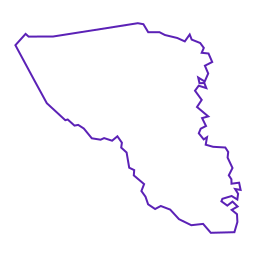 Austin, Texas, United States of America (Albers equal-area conic projection)
{"feature_id": "52423323B73481023135249", "entity_name": "Austin", "entity_type": "district", "adm_level": 2, "iso_a3": "USA", "parent_name": "United States of America", "parent_adm1": "Texas", "projection": "albers", "projection_center": [-96.191, 29.849], "detail": "fine", "context": "isolated", "style": "outline", "palette": "violet", "viewbox_px": 256, "rotation_deg": 0, "n_neighbors": 0, "source": "geoboundaries", "source_scale": "gbopen_adm2", "svg_char_len": 1166}
<svg xmlns="http://www.w3.org/2000/svg" viewBox="0 0 256 256"><path d="M179.0,219.2L191.3,225.2L203.1,223.9L210.8,232.8L234.4,232.2L237.4,222.0L237.0,214.2L231.7,209.9L237.6,206.5L232.5,201.6L227.3,205.6L221.4,201.3L222.4,198.8L231.6,196.0L237.3,199.5L238.1,193.8L235.1,189.0L240.6,189.9L239.1,182.7L231.5,183.7L231.4,179.3L228.8,175.3L232.5,168.0L227.6,157.6L228.2,152.0L225.3,147.5L213.1,146.8L205.7,144.7L207.0,137.2L203.7,139.4L198.8,133.3L200.7,128.7L206.0,126.0L202.1,118.1L208.2,116.4L197.0,107.0L201.7,99.9L195.0,90.7L198.7,85.7L206.3,88.1L204.3,83.0L199.5,83.2L198.2,77.5L204.7,81.5L208.2,73.5L204.9,65.7L212.2,62.0L208.5,53.5L201.7,52.8L203.8,47.9L200.2,43.0L191.7,39.6L189.7,34.5L184.8,41.4L177.3,38.0L164.9,35.0L159.5,32.2L148.2,32.2L143.4,24.2L137.8,23.2L53.2,36.5L28.6,36.6L25.6,33.9L15.4,45.2L34.3,80.3L46.8,103.2L65.3,120.2L67.7,119.5L74.5,125.6L78.2,124.9L83.8,128.5L91.8,138.3L100.6,139.7L104.1,138.1L112.1,140.7L117.4,136.3L121.9,142.7L121.2,147.6L126.6,152.5L129.2,167.7L134.2,170.1L133.8,175.4L144.1,184.1L141.4,191.0L145.5,196.7L148.1,204.3L155.1,209.0L160.8,206.0L170.2,209.6L179.0,219.2Z" fill="none" stroke="#5b21b6" stroke-width="2"/></svg>